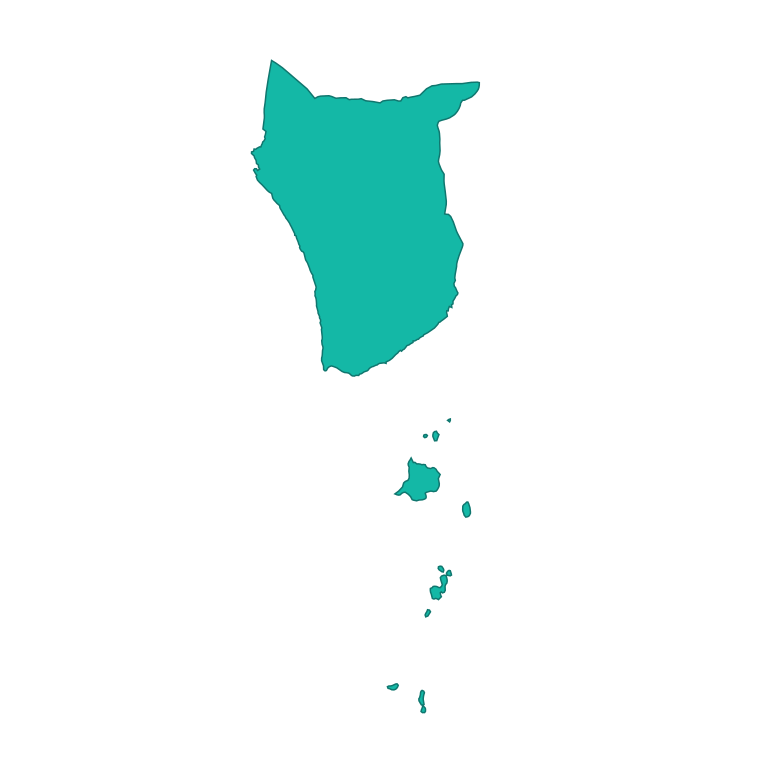 outline of Kaeb, Kep, Cambodia, rotated 356°
{"feature_id": "14789045B37370397224280", "entity_name": "Kaeb", "entity_type": "district", "adm_level": 2, "iso_a3": "KHM", "parent_name": "Cambodia", "parent_adm1": "Kep", "projection": "natural_earth1", "projection_center": [104.317, 10.472], "detail": "fine", "context": "isolated", "style": "filled", "palette": "teal", "viewbox_px": 768, "rotation_deg": 356, "n_neighbors": 0, "source": "geoboundaries", "source_scale": "gbopen_adm2", "svg_char_len": 6146}
<svg xmlns="http://www.w3.org/2000/svg" viewBox="0 0 768 768"><g transform="rotate(356 384 384)"><path d="M270.9,168.1L272.0,171.7L273.9,174.2L276.3,176.8L281.1,182.8L282.7,184.4L285.2,186.1L286.0,190.8L286.9,192.6L288.7,194.8L289.9,196.4L292.3,198.7L292.4,200.3L292.8,201.8L293.6,203.2L296.1,208.5L297.1,209.9L297.6,211.5L299.2,213.8L301.0,217.0L301.7,218.9L302.5,220.6L305.4,227.8L305.3,229.4L306.7,230.2L306.9,232.2L308.3,236.3L308.7,238.4L309.7,240.6L309.3,242.0L310.0,243.9L311.1,245.7L312.4,246.4L313.3,247.8L314.5,254.7L316.1,257.8L317.8,263.3L318.3,265.5L319.1,267.6L319.9,269.3L320.7,270.6L320.5,272.4L323.1,282.6L322.3,285.7L321.5,286.8L321.6,289.4L321.3,291.2L321.9,292.8L322.2,294.4L322.3,296.2L322.3,299.9L322.1,301.4L323.2,306.9L323.2,308.8L324.4,312.0L324.3,313.6L325.2,315.5L325.1,317.2L324.5,318.5L325.9,323.7L325.4,325.2L325.7,332.7L325.5,334.9L324.9,336.3L325.0,340.2L325.6,342.3L325.7,344.0L325.0,346.3L324.5,350.4L324.2,352.0L323.6,353.8L323.4,356.4L324.9,361.7L324.8,365.5L326.1,366.8L327.5,366.5L328.8,364.4L329.9,363.4L331.3,362.7L332.7,362.3L334.5,362.9L338.0,364.5L343.1,368.6L345.5,369.8L347.5,370.1L349.6,370.7L351.2,372.1L352.1,373.2L353.3,373.8L355.1,374.0L356.6,373.4L359.4,373.7L360.3,372.5L362.3,372.1L365.0,370.5L368.4,369.6L369.5,368.7L370.4,367.5L371.7,366.7L373.1,366.0L374.4,365.8L377.2,364.7L378.6,364.5L379.9,363.5L381.2,363.1L385.6,362.9L387.5,363.6L387.7,362.1L391.1,360.8L394.0,358.9L397.7,355.5L400.0,353.9L401.0,352.7L402.6,351.6L403.8,352.5L405.0,351.3L406.5,350.7L408.2,349.0L409.3,347.5L410.5,347.0L411.8,346.7L413.3,345.7L415.8,344.6L416.1,343.0L417.5,343.2L419.0,342.6L420.3,341.8L421.6,341.7L422.6,340.6L425.0,339.3L426.4,338.9L427.1,337.6L430.9,336.0L438.2,331.7L441.2,328.8L442.2,327.7L442.9,326.4L444.2,326.1L445.4,325.2L448.0,323.6L451.9,320.9L451.8,319.4L451.4,317.3L451.7,315.4L453.2,315.5L453.5,313.6L454.6,311.2L457.0,312.4L456.9,309.6L458.4,308.9L458.6,306.2L460.5,303.6L461.9,301.2L463.5,299.9L464.1,298.3L463.4,296.9L462.0,292.8L461.0,291.5L460.7,288.7L462.4,285.6L462.0,283.2L462.6,279.8L464.6,272.0L464.9,269.3L465.7,266.6L467.9,261.0L471.7,252.8L472.3,251.1L472.5,249.5L467.9,239.0L467.0,236.6L464.4,227.0L462.2,221.5L460.1,219.3L457.8,219.0L456.4,218.5L458.6,209.3L458.9,206.0L458.5,196.3L458.0,188.2L458.0,185.5L458.6,178.9L456.5,175.0L455.7,172.9L454.3,168.4L453.8,165.8L454.2,163.7L455.5,159.2L456.2,155.2L456.4,147.4L456.8,143.7L456.8,137.8L456.6,135.7L455.7,132.3L455.2,129.6L456.3,126.9L457.2,125.7L460.1,124.9L464.8,124.0L468.1,123.0L472.7,120.5L474.1,119.4L476.2,117.1L478.0,114.5L479.5,111.5L480.1,109.1L482.1,106.5L484.1,106.5L491.4,103.7L494.9,101.0L497.3,98.4L498.6,96.6L499.4,94.7L499.9,92.4L500.1,90.0L498.2,89.4L492.0,89.2L482.9,89.8L477.1,89.4L462.1,88.8L456.6,89.8L452.7,89.9L447.0,92.5L440.0,98.4L434.4,99.3L430.6,99.7L427.7,100.2L425.9,98.9L422.8,99.7L420.5,102.8L418.4,102.8L414.2,101.2L406.9,101.2L402.6,101.6L399.7,103.3L392.7,101.5L385.5,100.2L381.2,97.8L378.3,98.1L371.3,97.7L369.1,97.9L366.1,95.8L360.8,95.5L356.0,95.6L352.0,93.6L349.2,92.6L341.0,92.4L338.2,92.8L334.9,94.3L327.8,84.2L304.8,61.5L298.6,56.4L294.4,53.4L289.6,72.6L286.9,84.5L285.1,94.8L283.7,101.2L283.4,104.9L283.4,107.8L283.2,110.3L281.0,121.2L283.9,123.8L283.0,127.1L282.1,129.2L282.6,130.9L281.2,133.1L279.9,134.1L279.3,135.8L278.4,137.2L277.7,138.9L276.3,138.8L273.5,140.1L272.4,140.9L270.8,140.5L270.1,142.8L268.1,143.2L267.9,144.8L270.4,147.5L270.6,149.1L272.0,152.0L272.2,155.2L273.9,156.6L274.0,159.1L275.0,160.9L272.8,162.2L271.8,160.4L270.0,160.2L268.8,161.5L270.6,165.3L271.6,166.7L270.9,168.1ZM407.8,464.4L405.9,459.7L404.5,461.9L403.6,462.9L402.5,465.3L402.6,466.9L403.3,468.8L402.7,472.7L402.9,476.4L402.5,479.7L401.1,481.8L398.4,482.7L396.7,484.1L395.3,488.0L391.1,491.9L387.2,494.4L389.4,495.5L391.1,495.9L392.6,495.6L393.9,494.4L395.6,493.6L397.6,493.4L400.4,495.6L401.4,496.7L402.7,498.3L404.0,501.3L405.2,501.9L408.4,502.8L410.8,502.2L414.2,502.2L415.9,501.8L417.6,501.1L418.2,499.8L418.1,498.2L417.5,495.8L418.8,495.0L422.8,494.1L424.4,494.3L425.8,494.8L428.5,494.5L429.8,493.2L431.2,491.0L431.9,489.5L432.2,487.4L431.6,482.2L433.7,478.2L431.0,474.8L429.9,472.6L428.1,471.1L426.8,470.8L424.7,471.6L421.6,470.8L420.3,469.4L419.5,467.4L417.5,467.0L416.2,467.2L415.0,466.6L413.1,466.1L411.2,466.0L409.3,464.3L407.8,464.4ZM430.8,590.0L431.6,588.2L432.8,587.0L433.3,585.0L433.3,583.4L432.9,581.0L432.3,579.2L430.5,578.9L428.0,579.6L426.7,581.1L427.0,583.5L428.1,588.0L427.6,589.4L425.8,591.1L424.4,590.8L422.5,589.7L420.6,589.3L418.9,589.4L417.8,590.6L416.0,591.2L415.8,592.7L415.9,594.9L416.5,596.9L417.3,601.3L418.8,602.0L420.6,601.5L422.2,602.1L423.3,602.9L426.4,600.2L425.8,598.5L425.5,596.2L426.6,595.4L427.8,596.5L429.7,595.9L430.7,594.1L430.8,590.0ZM458.4,522.2L459.9,521.3L461.2,519.0L461.3,517.5L461.1,513.4L460.1,509.3L459.4,507.6L458.2,507.6L456.6,509.1L455.3,509.8L454.1,511.3L453.7,515.0L453.8,516.5L454.5,518.8L454.8,520.4L456.3,522.5L458.4,522.2ZM400.3,707.3L401.6,706.5L401.1,701.2L401.5,698.8L402.0,696.9L402.8,694.8L402.2,693.2L400.6,692.3L399.5,693.1L398.9,694.6L398.6,696.5L397.7,699.2L396.8,700.5L396.8,702.5L398.2,705.4L398.9,706.7L400.3,707.3ZM432.7,444.2L433.5,442.2L435.3,438.3L433.9,436.8L433.0,434.8L431.2,435.0L429.9,436.0L429.2,438.2L429.1,439.8L430.5,444.2L432.7,444.2ZM377.2,685.5L376.1,684.0L374.6,684.1L371.6,685.3L369.7,685.7L367.7,685.6L366.3,686.2L366.8,687.9L368.4,688.4L370.5,689.6L372.7,689.8L374.3,689.3L375.4,688.5L376.5,687.1L377.2,685.5ZM430.7,573.8L430.3,572.3L428.9,570.0L427.3,569.6L425.6,570.1L425.2,571.8L426.0,573.2L428.6,575.3L430.0,575.7L430.7,573.8ZM400.3,707.3L399.5,709.9L398.6,711.7L398.1,713.3L399.4,714.5L401.6,714.6L402.5,713.5L402.7,711.8L402.6,710.3L400.3,707.3ZM411.6,618.5L414.5,614.5L413.6,612.7L411.7,612.2L410.9,614.0L409.6,615.8L408.9,617.3L409.4,619.2L411.6,618.5ZM438.0,579.3L437.8,577.8L437.1,574.9L435.9,574.5L434.4,575.3L433.1,577.1L433.8,579.2L436.7,580.0L438.0,579.3ZM422.7,439.9L423.7,438.4L422.8,437.4L421.4,437.3L420.1,437.8L419.8,439.3L421.0,440.4L422.7,439.9ZM447.6,425.1L447.7,423.5L446.4,423.8L444.9,424.7L446.8,426.4L447.6,425.1Z" fill="#14b8a6" stroke="#0f766e" stroke-width="1.5"/></g></svg>